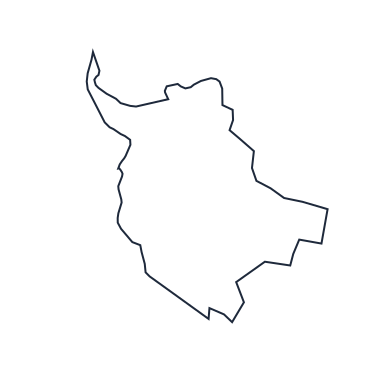 the border of Jekabpils, rotated 199°
{"feature_id": "LVA-5725", "entity_name": "Jekabpils", "entity_type": "Municipality", "adm_level": 1, "iso_a3": "LVA", "parent_name": "Latvia", "parent_adm1": "", "projection": "robinson", "projection_center": [26.096, 56.281], "detail": "fine", "context": "isolated", "style": "outline", "palette": "slate", "viewbox_px": 384, "rotation_deg": 199, "n_neighbors": 0, "source": "natural_earth", "source_scale": "10m", "svg_char_len": 1210}
<svg xmlns="http://www.w3.org/2000/svg" viewBox="0 0 384 384"><g transform="rotate(199 192 192)"><path d="M223.6,124.9L232.1,125.2L247.1,134.1L252.2,138.8L253.8,143.2L254.7,147.9L255.1,159.1L256.4,161.9L262.3,170.6L263.6,173.5L263.2,183.9L263.6,186.6L264.7,187.9L266.8,189.6L268.6,190.7L269.4,190.2L269.3,194.6L268.3,198.4L267.1,201.7L266.5,204.5L265.6,216.6L267.5,221.2L273.7,223.1L278.4,223.6L286.7,225.9L291.0,226.4L297.2,229.4L312.5,244.1L324.0,255.1L327.5,262.2L329.3,270.3L330.1,284.4L331.2,292.1L319.0,276.5L318.5,272.2L320.0,269.9L320.9,266.4L319.5,264.1L317.7,261.7L314.3,260.0L304.7,257.1L294.2,255.4L288.5,252.8L278.5,253.3L272.7,254.6L244.7,272.0L249.9,277.4L250.6,278.8L250.3,283.7L240.7,289.5L237.0,288.2L232.0,287.8L227.3,290.7L225.2,294.1L219.7,299.9L211.1,305.8L205.8,306.6L201.9,305.4L197.1,299.6L191.5,284.1L180.3,282.9L176.6,273.4L176.6,262.7L164.5,258.0L146.8,250.8L143.1,234.2L134.7,223.5L118.9,221.1L103.0,216.3L84.4,218.7L58.2,219.9L52.8,185.4L75.1,181.9L76.1,166.4L75.2,154.5L100.4,149.8L120.9,121.2L107.0,104.6L111.7,82.0L121.9,86.7L137.7,87.9L135.0,77.4L155.5,83.6L204.6,98.4L209.7,100.9L213.3,108.7L220.1,118.8L223.6,124.9Z" fill="none" stroke="#1e293b" stroke-width="2"/></g></svg>